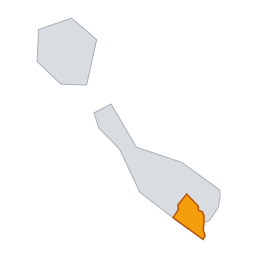 Saint John Capesterre on a map of Saint Kitts and Nevis (Albers equal-area conic projection), rotated 185°
{"feature_id": "KNA-5104", "entity_name": "Saint John Capesterre", "entity_type": "Parish", "adm_level": 1, "iso_a3": "KNA", "parent_name": "Saint Kitts and Nevis", "parent_adm1": "", "projection": "albers", "projection_center": [-62.805, 17.383], "detail": "fine", "context": "in_parent", "style": "filled", "palette": "amber", "viewbox_px": 256, "rotation_deg": 185, "n_neighbors": 0, "source": "natural_earth", "source_scale": "10m", "svg_char_len": 591}
<svg xmlns="http://www.w3.org/2000/svg" viewBox="0 0 256 256"><g transform="rotate(185 128 128)"><path d="M163.2,140.1L146.9,150.4L118.0,109.6L71.4,98.4L31.3,74.3L30.3,69.1L31.0,57.0L38.8,43.0L59.3,32.3L110.6,65.0L134.6,106.3L157.0,125.3L163.2,140.1ZM225.7,218.4L193.9,232.5L166.9,213.3L173.0,167.2L198.7,165.9L224.4,186.4L225.7,218.4Z" fill="#d9dde1" stroke="#a8b0b8" stroke-width="1"/><path d="M41.8,27.3L43.5,23.5L75.3,42.6L70.8,50.9L71.6,55.6L63.8,67.3L51.1,56.1L50.7,52.2L46.6,50.9L44.5,47.0L44.1,39.3L44.1,32.8L41.8,27.3Z" fill="#f59e0b" stroke="#b45309" stroke-width="1.5"/></g></svg>